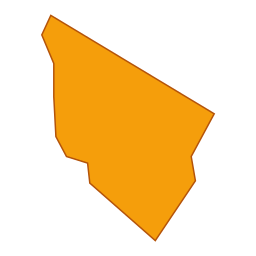 SVG path tracing the border of Saint John Capesterre
{"feature_id": "KNA-5104", "entity_name": "Saint John Capesterre", "entity_type": "Parish", "adm_level": 1, "iso_a3": "KNA", "parent_name": "Saint Kitts and Nevis", "parent_adm1": "", "projection": "albers", "projection_center": [-62.805, 17.383], "detail": "fine", "context": "isolated", "style": "filled", "palette": "amber", "viewbox_px": 256, "rotation_deg": 0, "n_neighbors": 0, "source": "natural_earth", "source_scale": "10m", "svg_char_len": 274}
<svg xmlns="http://www.w3.org/2000/svg" viewBox="0 0 256 256"><path d="M41.8,34.9L50.8,15.4L214.2,113.8L191.2,156.5L195.4,180.8L155.3,240.6L89.8,183.1L87.6,163.1L66.5,156.5L55.9,136.6L53.8,96.7L53.8,63.5L41.8,34.9Z" fill="#f59e0b" stroke="#b45309" stroke-width="1.5"/></svg>